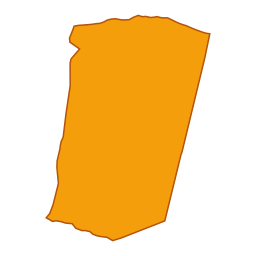 the district of São Bento do Norte, Rio Grande do Norte, Brazil
{"feature_id": "56859067B38595595329522", "entity_name": "São Bento do Norte", "entity_type": "district", "adm_level": 2, "iso_a3": "BRA", "parent_name": "Brazil", "parent_adm1": "Rio Grande do Norte", "projection": "albers", "projection_center": [-36.003, -5.149], "detail": "fine", "context": "isolated", "style": "filled", "palette": "amber", "viewbox_px": 256, "rotation_deg": 0, "n_neighbors": 0, "source": "geoboundaries", "source_scale": "gbopen_adm2", "svg_char_len": 971}
<svg xmlns="http://www.w3.org/2000/svg" viewBox="0 0 256 256"><path d="M112.7,240.6L121.1,238.0L164.8,220.9L180.9,155.0L182.0,152.0L204.8,57.8L209.8,33.8L206.0,33.2L202.9,32.3L199.2,31.0L194.4,29.2L189.4,27.1L186.0,25.6L182.3,24.5L178.5,23.1L175.1,21.5L171.9,19.9L167.5,17.8L163.6,17.9L160.1,17.5L157.2,16.6L153.9,17.2L150.6,17.5L145.7,16.4L142.4,16.7L138.2,15.4L133.7,17.2L129.0,19.7L124.8,19.9L121.6,19.9L118.4,19.3L115.3,18.7L111.1,19.1L107.0,20.2L103.8,22.0L99.8,23.4L96.6,23.6L93.3,24.1L90.2,24.5L86.1,24.8L82.5,25.1L78.3,25.4L74.1,26.2L72.7,30.2L69.5,38.1L69.9,42.2L79.6,49.0L71.1,58.9L70.2,62.6L70.1,66.4L70.2,85.6L66.0,113.7L63.2,137.1L61.2,141.5L60.4,145.2L59.9,149.0L57.1,161.0L56.9,167.5L58.4,183.5L53.1,204.6L49.7,213.6L46.2,217.8L49.6,219.7L52.5,221.4L56.1,220.8L61.6,221.8L65.7,223.1L72.2,223.7L75.8,228.3L82.0,230.6L85.3,230.6L89.9,231.6L92.9,234.2L97.1,235.8L101.7,236.7L107.0,237.3L112.7,240.6Z" fill="#f59e0b" stroke="#b45309" stroke-width="1.5"/></svg>